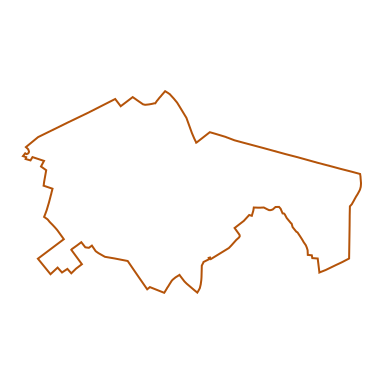 the district of Thanh Xuan, Ha Noi, Vietnam
{"feature_id": "81297802B66022953489908", "entity_name": "Thanh Xuan", "entity_type": "district", "adm_level": 2, "iso_a3": "VNM", "parent_name": "Vietnam", "parent_adm1": "Ha Noi", "projection": "orthographic", "projection_center": [105.818, 20.995], "detail": "fine", "context": "isolated", "style": "outline", "palette": "amber", "viewbox_px": 384, "rotation_deg": 0, "n_neighbors": 0, "source": "geoboundaries", "source_scale": "gbopen_adm2", "svg_char_len": 3172}
<svg xmlns="http://www.w3.org/2000/svg" viewBox="0 0 384 384"><path d="M25.9,147.1L27.2,148.3L28.2,149.3L29.0,151.5L28.8,152.6L27.6,153.8L26.5,154.1L25.2,153.3L23.0,156.1L26.2,157.2L25.6,159.0L30.5,160.4L32.5,157.1L44.0,160.9L41.0,166.5L46.2,170.2L45.1,176.4L44.2,181.4L43.9,183.5L43.8,184.6L43.6,185.7L52.5,188.7L52.0,190.8L51.7,191.8L51.4,193.1L51.1,194.4L50.7,195.7L50.5,196.6L48.9,202.7L46.7,210.1L46.6,210.4L45.0,214.7L44.1,216.9L47.5,219.3L48.2,220.1L48.7,220.7L49.2,221.4L50.5,222.8L51.2,223.5L52.5,224.8L55.2,227.7L55.6,228.2L56.5,229.2L57.0,229.8L57.7,230.7L60.8,235.0L62.4,237.2L63.8,239.2L37.9,258.7L50.5,274.2L57.6,267.6L62.0,272.5L67.4,268.9L71.3,273.3L76.1,268.6L81.9,264.2L71.3,249.8L72.0,249.0L74.0,247.6L77.2,245.3L81.3,242.2L85.3,247.3L87.2,247.6L88.9,247.8L91.9,245.6L95.7,251.2L98.4,253.1L104.9,256.8L114.3,258.4L127.7,261.0L133.3,269.2L139.7,278.5L147.2,289.3L148.8,288.0L149.9,287.1L164.2,292.8L164.7,292.1L165.7,290.4L167.0,288.3L167.2,287.8L168.1,286.6L168.8,285.4L169.8,283.8L171.7,280.8L172.7,279.7L175.5,277.4L179.5,274.9L179.8,275.4L184.4,281.4L186.6,283.6L194.0,289.9L197.3,292.6L198.4,290.8L199.8,288.2L200.7,284.5L201.3,280.1L201.5,277.2L201.7,270.1L201.8,265.6L203.2,262.9L203.5,262.0L207.5,260.0L209.1,259.2L208.7,257.9L210.0,257.5L210.3,258.5L210.8,259.1L228.9,248.0L231.4,245.4L236.3,239.9L238.9,237.6L239.7,236.4L239.7,235.7L239.5,234.8L234.6,228.0L243.8,220.9L249.2,215.0L251.8,215.8L253.1,211.4L253.4,210.2L253.6,208.8L253.8,207.5L258.9,207.7L262.0,207.6L263.8,207.5L266.9,209.1L269.0,210.1L270.8,210.1L272.7,209.5L275.5,207.0L279.0,206.9L280.6,208.7L282.6,213.4L283.2,213.4L283.9,213.5L284.2,213.7L284.9,214.6L286.7,218.0L290.9,223.1L291.6,223.6L291.9,224.6L292.6,227.1L295.0,230.1L296.3,231.7L297.5,232.4L300.1,236.3L301.9,239.1L302.8,240.6L303.7,242.2L305.8,245.2L306.8,247.6L307.6,250.2L307.8,254.9L311.8,255.3L312.3,258.1L317.7,258.5L319.4,272.4L319.4,272.5L320.4,272.1L325.7,270.0L329.2,268.3L331.9,267.0L332.3,266.8L335.8,265.1L339.9,263.2L342.4,262.0L346.6,259.8L348.6,258.8L349.1,258.5L349.4,239.2L349.6,225.6L349.7,215.1L349.9,206.3L350.4,205.8L352.0,204.0L352.2,203.5L353.7,200.9L354.6,199.2L355.6,197.4L356.1,196.5L357.4,194.5L358.5,192.5L359.0,191.6L359.8,190.0L360.2,188.9L360.4,188.0L360.7,187.1L360.8,186.2L360.9,185.1L361.0,183.1L360.6,178.3L360.5,176.6L360.3,175.3L360.1,174.0L358.7,173.6L356.1,172.9L351.3,171.6L350.8,171.5L350.5,171.4L340.3,168.8L332.2,166.6L316.9,162.6L315.3,162.1L314.8,162.0L297.9,157.3L285.5,154.1L263.6,148.1L249.4,144.3L244.1,142.9L234.5,140.3L227.4,137.6L227.0,137.5L225.6,136.9L215.0,133.7L209.8,132.2L196.6,142.5L196.2,142.7L195.9,141.9L194.2,138.4L191.9,133.0L186.4,117.8L185.1,115.7L179.4,106.3L177.1,102.6L173.8,98.6L169.6,94.0L168.7,93.5L168.1,93.0L165.1,91.2L162.9,93.8L162.5,94.2L161.1,95.9L160.6,96.5L159.4,97.8L158.8,98.6L158.3,99.2L157.6,100.1L156.9,100.9L155.3,103.3L154.2,103.3L153.2,103.6L151.3,104.0L149.0,104.4L147.2,104.6L145.1,104.8L143.0,104.3L140.6,102.6L139.1,101.6L138.1,100.9L136.8,100.0L135.7,99.2L135.0,98.7L132.7,97.1L121.8,105.4L120.8,106.1L120.7,106.2L115.2,99.0L87.6,113.0L67.6,122.6L38.1,137.1L25.9,147.1Z" fill="none" stroke="#b45309" stroke-width="2"/></svg>